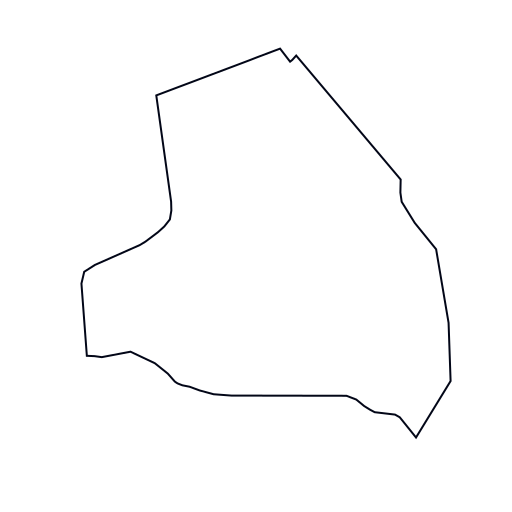 an SVG outline of Ouargla, rotated 262°
{"feature_id": "DZA-2194", "entity_name": "Ouargla", "entity_type": "Province", "adm_level": 1, "iso_a3": "DZA", "parent_name": "Algeria", "parent_adm1": "", "projection": "robinson", "projection_center": [6.675, 30.952], "detail": "fine", "context": "isolated", "style": "outline", "palette": "ink", "viewbox_px": 512, "rotation_deg": 262, "n_neighbors": 0, "source": "natural_earth", "source_scale": "10m", "svg_char_len": 897}
<svg xmlns="http://www.w3.org/2000/svg" viewBox="0 0 512 512"><g transform="rotate(262 256 256)"><path d="M428.9,179.6L429.1,180.4L430.9,188.4L432.7,196.4L434.5,204.4L436.3,212.5L438.1,220.5L439.9,228.5L441.7,236.5L443.5,244.5L445.3,252.5L447.1,260.6L448.9,268.6L450.7,276.6L452.6,284.6L454.4,292.6L456.2,300.6L458.0,308.7L443.7,316.8L445.1,319.2L448.9,323.7L311.6,409.9L298.7,407.8L289.4,407.8L266.7,417.8L237.6,435.3L163.0,437.4L105.1,431.3L54.0,389.2L76.3,375.9L79.6,371.6L84.8,351.8L87.8,347.7L92.3,342.3L99.9,335.3L105.0,326.1L121.2,212.2L125.0,194.8L130.7,181.5L135.8,172.0L138.2,165.1L140.5,161.0L141.4,159.8L143.0,158.1L151.8,152.3L163.9,140.9L178.7,118.4L177.3,89.2L179.3,82.2L180.7,74.6L253.0,79.3L264.3,83.7L269.6,95.3L283.0,142.4L285.6,148.5L293.2,162.2L298.0,169.3L304.2,175.8L312.8,178.5L321.6,179.5L428.9,179.6L428.9,179.6Z" fill="none" stroke="#020617" stroke-width="2"/></g></svg>